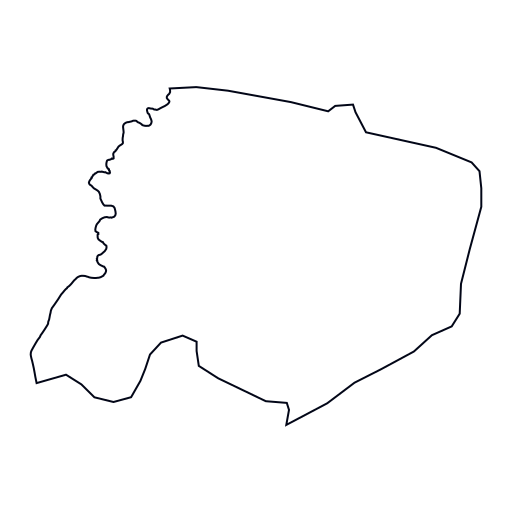 Nicolich, Canelones, Uruguay
{"feature_id": "84410073B10990004247606", "entity_name": "Nicolich", "entity_type": "district", "adm_level": 2, "iso_a3": "URY", "parent_name": "Uruguay", "parent_adm1": "Canelones", "projection": "orthographic", "projection_center": [-56.036, -34.803], "detail": "fine", "context": "isolated", "style": "outline", "palette": "ink", "viewbox_px": 512, "rotation_deg": 0, "n_neighbors": 0, "source": "geoboundaries", "source_scale": "gbopen_adm2", "svg_char_len": 4821}
<svg xmlns="http://www.w3.org/2000/svg" viewBox="0 0 512 512"><path d="M286.3,424.9L327.2,403.3L354.5,382.7L381.3,369.1L413.9,351.5L431.9,335.2L451.7,326.4L459.7,313.7L461.0,283.8L469.8,249.0L481.3,206.8L481.3,188.3L479.5,171.2L471.6,162.4L436.0,147.8L407.5,141.5L366.0,132.3L355.5,112.2L353.0,104.6L347.4,105.0L335.2,105.9L328.2,111.3L290.9,102.1L228.0,90.7L196.3,87.1L169.7,88.5L170.0,89.7L170.1,91.1L170.1,92.1L169.8,92.7L169.2,93.9L168.3,94.6L167.4,95.7L166.9,96.5L166.8,97.2L166.8,98.0L167.2,98.6L167.8,99.4L168.3,99.9L168.7,100.3L169.2,100.8L169.4,101.4L169.2,102.2L168.7,103.0L167.9,103.9L167.3,104.4L166.4,105.0L165.6,105.5L164.5,106.2L163.5,106.6L162.6,107.1L161.5,107.6L161.0,107.9L160.0,108.4L159.4,108.8L158.4,109.3L157.6,109.7L156.8,109.9L156.1,109.8L155.3,109.5L154.3,109.5L153.7,109.3L153.0,108.8L152.3,108.6L151.2,108.6L150.1,108.4L149.4,108.2L148.6,108.1L147.7,108.4L147.3,108.8L147.0,109.5L147.0,110.4L147.3,111.7L147.7,113.0L148.0,113.4L148.5,113.8L148.9,114.0L149.2,114.5L149.5,115.3L149.8,116.3L150.2,117.5L150.8,118.7L151.2,119.7L151.4,120.5L151.6,121.1L151.6,121.8L151.3,123.1L150.9,123.9L150.6,124.5L150.0,125.0L149.3,125.5L148.6,125.8L147.8,125.8L145.8,125.9L144.4,125.7L143.3,125.4L142.3,125.1L141.9,124.5L141.1,123.9L139.9,123.1L138.9,122.6L137.8,122.2L137.1,121.6L136.4,120.9L135.6,120.7L134.3,120.7L133.5,120.7L132.6,120.9L131.9,121.3L131.1,121.5L129.8,121.8L128.5,122.1L127.3,122.2L125.9,122.7L124.8,123.4L124.0,124.1L123.6,124.7L123.1,126.1L123.1,127.4L123.3,129.1L123.5,130.7L123.6,132.0L123.6,132.8L123.3,133.8L123.1,134.9L123.0,136.2L122.7,137.7L122.6,139.3L122.6,140.5L122.8,141.3L122.9,142.0L122.9,142.9L122.8,143.3L122.2,144.0L121.2,144.7L120.3,145.2L119.5,145.8L118.6,146.5L118.1,147.2L117.7,147.9L117.2,148.6L116.8,149.3L116.3,150.0L115.6,150.4L115.5,151.1L114.9,151.6L114.2,152.0L113.8,152.6L113.5,153.2L113.2,154.0L113.3,154.9L113.4,155.7L113.6,156.5L113.6,157.1L113.6,157.8L113.6,158.4L112.9,158.8L112.5,158.6L112.1,158.8L111.7,158.6L111.4,159.0L110.6,159.4L109.5,159.8L109.3,159.7L108.4,159.9L107.7,160.2L107.3,160.4L106.9,161.0L106.8,161.4L106.5,162.6L106.4,163.4L106.3,164.0L106.4,165.2L106.4,165.9L106.7,166.6L107.2,167.5L107.5,168.1L107.9,168.7L108.4,168.7L109.0,169.3L109.0,170.3L109.6,170.9L109.5,171.1L109.7,171.6L110.0,172.2L109.9,172.6L109.8,173.0L109.3,173.1L109.3,173.4L108.7,173.5L108.1,173.4L107.4,173.3L106.7,172.9L106.0,172.6L105.5,172.2L104.4,172.3L103.4,172.0L102.8,171.9L102.4,171.7L101.9,171.8L101.6,171.6L100.7,171.8L99.3,171.7L98.5,171.8L97.7,171.9L97.1,172.3L95.9,173.2L95.1,173.4L94.4,174.4L93.4,174.7L92.9,175.7L92.2,176.7L91.7,177.9L91.4,177.8L91.1,178.7L90.0,180.1L89.5,181.0L89.2,181.5L89.1,182.2L88.9,182.8L89.3,183.9L89.9,184.7L90.9,185.3L91.6,185.8L92.8,187.2L94.0,188.4L95.9,189.5L97.6,190.6L98.8,191.7L99.8,193.8L100.4,196.3L100.4,198.6L101.2,200.3L102.1,202.3L103.3,204.3L104.5,205.6L106.2,205.6L107.3,205.7L109.2,205.7L111.3,205.7L113.4,206.4L114.6,208.0L115.2,210.3L115.5,211.7L115.7,213.7L115.3,215.3L114.2,216.7L112.6,217.3L111.5,217.7L110.9,217.4L109.2,217.6L107.8,217.3L106.9,217.0L104.6,217.3L102.4,218.2L100.2,219.6L99.4,221.3L98.2,222.6L96.8,224.3L96.2,225.6L95.6,227.7L95.3,229.6L95.5,231.2L96.8,232.1L98.3,232.8L98.3,233.4L98.4,234.0L98.0,234.2L97.7,234.5L97.6,234.8L97.6,235.9L97.7,237.8L98.5,239.4L99.9,240.5L101.9,241.9L102.4,241.9L103.0,242.2L103.4,243.2L104.3,244.1L105.4,245.1L106.3,245.6L106.5,246.6L106.5,247.7L106.2,249.0L105.5,250.0L104.7,251.2L103.3,252.4L102.0,253.6L100.6,254.6L98.6,255.1L97.7,255.9L97.3,256.7L97.2,258.2L96.8,258.8L97.1,259.6L96.8,260.3L97.3,260.8L97.2,261.3L97.9,262.7L98.9,264.1L100.1,264.9L101.2,265.5L102.3,266.0L102.6,266.1L103.4,266.6L104.0,266.6L104.5,267.1L104.8,267.6L105.5,268.7L105.9,269.6L106.1,270.6L105.9,271.7L105.3,273.1L104.6,274.0L103.8,274.9L103.4,275.7L102.1,276.4L100.6,277.2L99.5,277.5L98.9,277.7L97.4,277.8L96.0,278.0L94.2,278.0L93.0,277.9L91.6,277.8L90.4,277.6L89.1,277.3L87.9,276.8L86.6,276.5L85.6,276.1L84.3,275.9L82.9,275.8L81.5,275.8L80.0,276.1L78.8,276.6L77.6,277.2L76.5,278.1L75.5,279.2L74.3,280.2L72.8,282.0L71.6,283.5L70.6,284.6L69.2,286.0L67.3,287.4L66.9,288.3L65.9,289.0L64.5,290.5L62.9,292.5L61.3,294.3L61.0,294.7L59.8,296.6L58.1,299.3L56.1,302.2L54.1,305.1L51.9,308.1L50.9,310.6L50.5,312.9L50.0,314.8L49.5,317.6L49.1,319.6L48.5,321.1L48.2,322.1L48.1,323.7L47.2,325.4L44.6,329.5L42.4,332.8L40.6,335.3L39.9,337.0L37.6,340.0L35.6,343.3L33.2,347.5L31.5,350.6L30.9,352.3L30.7,354.5L30.9,356.0L31.4,358.3L32.1,360.8L32.9,364.2L33.8,368.3L34.7,373.2L35.4,377.2L36.4,382.1L36.6,383.1L52.7,378.5L66.0,374.7L81.4,384.4L94.4,397.3L113.5,402.0L131.1,397.2L140.4,380.9L145.2,369.0L150.0,354.5L161.0,342.6L182.6,335.6L196.6,341.7L196.6,351.0L198.8,365.9L218.2,378.3L241.9,389.7L265.8,401.2L286.8,402.9L289.0,409.9L286.3,424.9Z" fill="none" stroke="#020617" stroke-width="2"/></svg>